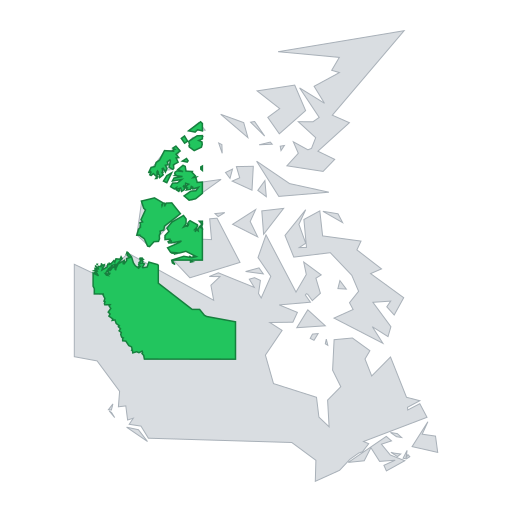 Northwest Territories on a map of Canada (Mercator projection)
{"feature_id": "CAN-635", "entity_name": "Northwest Territories", "entity_type": "Territory", "adm_level": 1, "iso_a3": "CAN", "parent_name": "Canada", "parent_adm1": "", "projection": "mercator", "projection_center": [-123.126, 69.383], "detail": "fine", "context": "in_parent", "style": "filled", "palette": "green", "viewbox_px": 512, "rotation_deg": 0, "n_neighbors": 0, "source": "natural_earth", "source_scale": "10m", "svg_char_len": 9787}
<svg xmlns="http://www.w3.org/2000/svg" viewBox="0 0 512 512"><path d="M119.6,391.3L97.1,360.9L74.3,356.7L74.3,264.3L98.0,275.5L95.3,270.6L121.7,258.8L108.6,268.9L105.6,273.7L106.5,274.9L128.0,253.1L213.7,300.3L210.9,285.2L220.0,276.6L209.3,276.5L218.3,272.8L254.3,287.4L249.3,279.2L254.5,277.7L260.4,280.4L258.5,293.5L261.2,298.0L270.8,276.3L258.0,257.6L266.0,234.9L296.0,292.1L306.3,274.5L303.7,262.0L321.2,274.9L315.9,278.2L320.4,293.3L312.3,300.6L307.7,294.3L306.4,293.7L305.3,295.0L310.4,302.2L279.2,304.9L297.4,312.4L292.9,322.2L269.8,322.5L282.1,330.4L265.4,355.1L273.5,383.6L316.5,397.3L318.9,417.1L329.1,426.8L327.6,400.1L340.8,386.7L332.6,370.2L334.1,339.7L352.4,338.0L369.9,350.7L365.0,359.0L371.7,376.0L390.5,357.0L406.5,397.3L419.8,400.7L407.5,407.3L407.7,410.0L419.8,403.7L427.0,417.3L363.5,441.5L368.7,443.7L362.5,451.7L358.6,453.1L349.9,459.3L339.6,470.3L315.3,481.3L315.9,460.3L291.8,442.5L148.4,438.2L141.0,426.1L129.2,424.3L133.3,418.2L127.6,420.0L125.8,405.9L118.4,406.8L119.6,391.3ZM299.2,247.6L306.5,247.4L303.9,219.5L319.8,210.9L322.6,235.9L361.0,241.1L356.9,249.9L381.5,268.9L370.6,273.6L403.7,297.7L394.2,315.0L386.8,306.8L390.7,301.1L372.9,302.3L390.9,326.7L388.0,336.6L372.3,326.7L382.9,343.3L334.0,318.1L353.1,309.5L349.5,302.7L358.6,291.3L351.8,275.3L330.3,252.7L293.8,257.1L285.0,235.4L305.7,209.7L298.9,224.3L305.7,243.2L299.2,247.6ZM278.1,51.7L404.1,30.7L332.3,115.2L349.4,122.7L317.9,151.2L334.7,159.4L323.1,171.4L286.9,165.8L298.3,153.3L293.3,141.8L307.9,149.8L311.5,148.4L315.7,137.7L298.3,121.7L312.9,121.8L319.2,117.4L299.6,87.9L324.5,103.3L314.1,86.3L339.4,72.6L331.7,70.3L339.3,57.4L278.1,51.7ZM165.3,237.8L211.5,239.6L209.7,218.8L217.0,218.2L240.0,262.4L189.9,277.8L172.7,259.5L195.7,256.4L165.3,237.8ZM379.6,461.4L370.9,447.7L364.2,460.8L348.3,462.4L386.3,436.4L391.5,440.9L381.4,444.2L390.3,455.0L404.8,460.7L386.4,470.9L383.9,465.3L395.2,460.2L379.6,461.4ZM141.7,201.1L180.1,213.7L149.3,246.5L136.9,235.0L141.7,201.1ZM257.1,90.9L294.7,85.1L305.6,110.6L279.3,133.8L267.8,117.4L279.7,108.6L257.1,90.9ZM256.6,161.2L289.6,183.6L328.9,192.2L278.8,196.4L256.6,161.2ZM171.0,186.5L221.1,179.4L192.0,200.1L184.3,196.1L198.1,187.3L171.0,186.5ZM427.9,421.7L422.2,434.2L435.5,436.1L437.7,452.4L412.1,446.6L427.9,421.7ZM232.6,224.3L255.7,209.5L250.2,221.5L257.7,236.9L232.6,224.3ZM296.8,327.7L307.8,309.8L325.3,325.8L296.8,327.7ZM261.8,210.9L283.6,208.4L263.6,234.3L261.8,210.9ZM179.5,149.9L172.5,169.5L149.1,172.1L164.8,151.0L179.5,149.9ZM253.3,166.3L252.0,190.2L232.2,181.1L239.7,177.8L236.4,166.6L253.3,166.3ZM220.7,114.3L243.7,122.6L247.9,137.6L220.7,114.3ZM126.6,427.2L138.4,429.7L147.5,441.5L126.6,427.2ZM322.9,211.3L338.0,213.8L342.6,222.6L322.9,211.3ZM245.6,271.5L259.0,267.9L263.3,273.9L245.6,271.5ZM264.9,180.6L266.3,196.7L257.8,190.4L264.9,180.6ZM254.6,121.5L264.7,136.1L250.6,122.2L254.6,121.5ZM339.9,280.6L346.3,289.1L337.9,288.6L339.9,280.6ZM192.9,137.4L204.0,136.4L188.8,141.3L192.9,137.4ZM224.8,212.6L218.2,216.6L215.0,213.6L224.8,212.6ZM407.1,450.4L406.0,458.0L407.9,454.6L409.8,456.7L406.3,458.9L403.1,458.2L407.1,450.4ZM198.8,122.5L205.1,130.1L188.8,130.8L198.8,122.5ZM401.6,437.5L396.5,436.7L390.5,432.5L397.3,433.6L401.6,437.5ZM318.1,333.6L314.0,340.3L310.2,338.4L312.5,334.1L318.1,333.6ZM108.4,409.7L112.9,403.9L111.4,410.0L108.4,409.7ZM259.1,144.8L270.3,142.1L272.2,144.2L259.1,144.8ZM232.5,169.1L230.0,178.4L225.5,172.5L232.5,169.1ZM390.9,452.3L393.9,453.1L400.7,454.0L397.5,456.6L390.9,452.3ZM326.3,339.1L327.8,345.3L325.3,343.8L326.3,339.1ZM171.4,172.7L166.0,182.4L163.6,180.9L171.4,172.7ZM284.4,145.5L281.0,150.6L280.2,146.2L284.4,145.5ZM221.9,144.6L222.2,153.3L218.7,143.0L221.9,144.6ZM109.2,410.9L111.6,412.6L114.7,417.6L109.2,410.9Z" fill="#d9dde1" stroke="#a8b0b8" stroke-width="1"/><path d="M93.1,273.0L98.5,275.8L97.0,273.7L97.7,273.8L94.9,272.5L96.9,271.6L95.3,270.8L95.1,269.3L97.4,270.8L95.5,268.5L98.4,268.9L97.9,267.1L98.4,266.3L101.2,266.7L100.8,265.9L101.5,264.5L101.2,263.4L102.7,265.6L104.2,265.5L102.3,268.8L101.9,270.1L107.2,266.9L107.8,264.2L109.3,264.5L110.1,263.9L108.9,264.0L109.2,263.2L110.9,263.9L113.9,260.6L114.8,262.2L116.0,258.8L120.0,259.2L121.1,256.8L122.2,258.6L115.9,265.3L115.4,264.4L111.5,265.6L110.1,269.0L109.7,268.4L109.4,270.1L109.2,268.5L108.3,268.9L107.7,270.4L107.8,272.1L106.9,271.1L105.3,273.7L106.5,275.2L107.7,275.4L105.7,273.7L109.5,274.2L109.8,273.5L108.2,273.6L108.7,272.8L107.9,271.3L109.5,270.2L109.8,269.2L109.5,270.6L110.1,269.2L110.6,270.1L112.7,267.3L111.8,266.9L113.8,266.8L113.5,268.0L114.6,266.0L114.2,268.2L114.9,267.3L114.6,265.1L115.0,267.6L115.1,264.7L115.1,268.1L115.8,265.6L115.4,268.0L116.0,267.4L115.5,269.5L115.9,270.3L115.8,268.7L118.2,263.8L124.3,260.4L124.2,262.0L123.2,262.1L123.2,263.7L124.1,263.9L126.7,260.6L126.6,258.5L130.0,257.4L127.3,255.5L128.0,252.8L131.6,257.0L133.4,262.9L135.3,265.8L138.6,268.2L140.0,266.6L137.8,267.0L139.9,266.2L138.6,264.8L138.9,263.8L141.1,263.5L139.2,262.4L141.9,260.3L139.6,260.1L142.8,259.5L141.4,258.7L142.3,258.2L143.0,259.2L142.3,260.5L142.9,261.8L142.4,263.3L144.4,263.9L142.4,267.2L142.8,267.7L147.1,267.1L148.9,262.1L157.7,264.6L158.3,265.4L158.3,283.2L192.1,309.4L199.6,309.4L204.4,315.3L206.7,316.5L235.5,321.8L235.5,359.2L144.4,359.1L143.7,355.4L142.0,353.5L142.6,352.6L142.1,351.1L138.9,352.7L136.7,351.7L132.8,352.9L132.4,350.3L131.7,350.2L132.1,349.2L131.5,346.8L128.8,345.6L125.8,341.1L122.7,340.8L122.6,338.4L123.2,337.9L121.6,337.1L120.7,334.4L121.3,332.5L119.1,330.8L120.5,328.8L118.4,326.7L119.3,325.8L116.2,323.5L115.0,319.9L112.2,320.4L112.8,319.0L108.9,316.1L110.1,314.0L108.2,312.1L110.8,308.5L109.1,305.9L110.1,304.7L104.8,304.8L104.4,303.6L105.0,301.7L104.0,301.2L104.9,298.5L102.8,294.4L103.9,294.0L94.3,293.9L94.3,288.6L93.1,286.2L93.1,273.0ZM175.0,264.5L172.4,262.9L171.7,260.2L183.8,256.3L191.7,257.7L196.4,256.6L185.9,251.3L179.4,253.0L170.6,252.3L167.6,247.8L178.7,242.8L176.8,242.0L180.0,241.9L181.5,241.0L171.9,242.8L171.1,241.2L171.2,242.9L168.7,242.9L168.1,241.7L170.7,240.5L169.5,239.7L170.6,239.1L165.0,239.6L165.0,235.6L168.9,231.4L167.0,228.2L172.0,222.1L183.5,215.5L186.1,219.0L186.0,223.6L183.6,227.0L187.9,225.1L187.0,226.3L187.3,226.4L188.2,225.4L187.5,224.1L188.4,222.2L190.0,220.7L197.4,224.8L197.1,227.0L194.6,229.7L195.6,229.8L195.2,231.9L197.1,228.3L196.7,229.9L198.2,230.9L197.9,229.2L199.5,226.8L202.4,228.5L202.4,260.1L192.1,260.1L191.4,261.3L192.5,261.7L190.5,262.1L190.4,260.1L173.0,260.1L172.9,261.5L175.0,264.5ZM180.4,213.7L164.5,226.1L163.8,230.0L160.0,231.2L160.4,233.0L159.3,235.2L159.5,238.8L158.5,241.4L154.0,241.7L149.5,246.6L147.6,246.1L144.3,238.7L139.4,235.3L140.6,235.1L136.8,235.2L138.6,229.1L140.6,227.0L140.0,226.1L140.6,225.1L139.9,222.8L142.6,221.9L141.0,219.7L145.5,209.9L143.7,208.2L141.4,201.1L154.5,197.9L163.1,202.9L161.8,204.8L162.0,205.9L163.2,203.0L164.6,203.2L164.9,205.0L164.4,206.5L166.3,203.1L171.8,202.9L180.4,213.7ZM202.4,193.3L195.6,198.8L189.1,200.2L184.1,195.9L190.8,191.2L195.9,190.8L198.6,187.2L192.7,189.0L192.2,188.5L192.8,187.3L191.3,186.4L190.6,189.2L186.3,190.0L187.3,187.9L186.1,188.0L186.7,185.7L186.8,185.4L187.5,185.0L188.7,184.2L185.6,183.2L185.1,187.3L183.8,185.8L183.3,186.4L184.6,188.0L184.1,189.8L181.5,191.4L180.7,188.0L179.0,188.5L179.5,190.3L178.8,191.4L176.6,190.0L177.4,188.9L176.2,189.1L176.6,187.5L174.4,189.0L170.6,186.7L172.6,183.1L177.4,183.0L181.7,179.5L172.4,181.0L174.0,178.0L182.5,176.5L174.6,175.5L175.7,174.8L174.7,173.7L175.0,172.3L176.9,170.9L183.1,171.6L177.9,169.5L183.0,165.3L185.2,166.4L186.0,171.1L192.4,171.5L192.0,172.3L195.3,175.8L193.2,177.6L196.4,177.1L195.8,177.6L197.2,182.4L202.4,182.1L202.4,193.3ZM165.4,172.1L163.2,168.2L162.2,168.6L162.9,172.3L161.9,172.4L163.2,174.8L159.5,177.7L159.1,177.0L159.5,174.9L158.3,174.3L158.3,171.9L157.5,170.9L156.9,172.0L157.1,175.1L155.7,175.9L153.4,173.6L151.1,175.5L149.8,174.8L150.8,172.6L149.9,172.4L150.8,171.9L150.3,171.4L148.5,172.9L151.1,167.4L154.8,166.6L156.2,162.4L159.6,160.1L164.5,150.6L173.3,151.2L172.7,150.2L174.9,149.4L172.8,148.1L175.9,146.1L180.1,151.0L176.0,154.2L178.7,157.6L176.1,157.9L178.1,162.2L173.4,164.8L173.8,168.2L172.9,169.4L169.1,167.3L170.4,160.7L169.9,159.9L167.3,161.8L168.1,164.7L165.4,165.3L167.0,168.4L165.4,172.1ZM202.4,138.9L198.7,140.5L202.0,142.0L202.2,144.5L201.4,147.2L194.2,150.6L189.3,147.0L189.0,145.7L189.6,145.0L188.7,141.4L197.1,135.8L202.4,135.6L202.4,138.9ZM202.4,130.9L197.6,129.7L195.1,132.1L188.6,130.8L200.6,121.8L202.4,123.5L202.4,130.9ZM171.6,172.9L166.8,182.7L163.5,181.1L166.8,175.7L171.6,172.9ZM184.5,136.0L187.6,141.2L184.6,143.2L181.3,138.4L184.5,136.0ZM182.4,161.1L186.5,158.5L188.1,160.8L187.2,162.1L182.4,161.1ZM202.4,224.4L201.3,224.6L201.7,223.9L199.3,221.2L202.4,221.2L202.4,224.4ZM202.4,170.5L200.8,169.2L200.8,166.9L202.4,166.0L202.4,170.5ZM155.7,178.5L157.5,175.8L157.0,178.4L155.7,178.5ZM202.2,224.9L202.0,225.7L201.2,225.5L202.2,224.9ZM192.8,255.8L195.5,256.3L193.7,256.5L192.8,255.8ZM127.0,252.2L127.7,252.6L126.6,253.4L127.0,252.2ZM172.5,252.8L174.0,253.4L172.2,253.1L172.5,252.8ZM94.0,270.7L94.7,270.4L94.9,270.9L94.0,270.7ZM96.7,267.4L97.6,267.3L97.9,267.9L97.8,268.3L96.7,267.4ZM97.1,265.1L97.0,264.3L97.4,264.3L97.1,265.1ZM175.8,253.5L177.1,253.5L175.6,253.7L175.8,253.5ZM202.0,227.1L202.2,227.8L201.3,227.1L202.0,227.1ZM95.6,266.1L96.6,266.7L95.6,266.3L95.6,266.1ZM103.9,265.0L103.1,265.1L104.0,264.8L103.9,265.0ZM189.2,256.5L189.8,256.3L190.2,256.6L189.2,256.5ZM174.4,253.4L175.1,253.1L175.5,253.4L174.4,253.4ZM178.0,253.1L178.4,253.1L177.3,253.4L178.0,253.1ZM174.3,253.9L175.3,254.4L174.2,253.9L174.3,253.9ZM140.6,258.1L140.1,258.6L139.9,258.6L140.1,258.1L140.6,258.1ZM200.2,226.5L200.5,226.9L200.0,226.5L200.2,226.5ZM200.9,225.8L201.3,225.9L200.7,226.0L200.9,225.8ZM200.5,226.2L201.0,226.4L200.4,226.3L200.5,226.2Z" fill="#22c55e" stroke="#15803d" stroke-width="1.5"/></svg>